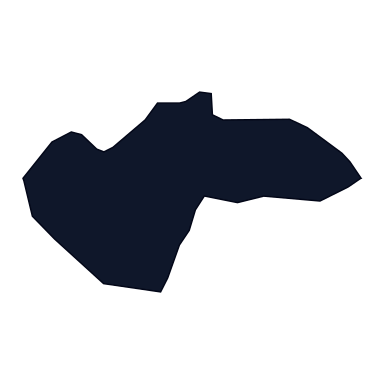 map outline of Ocniţa (Albers equal-area conic projection)
{"feature_id": "MDA-1616", "entity_name": "Ocniţa", "entity_type": "District", "adm_level": 1, "iso_a3": "MDA", "parent_name": "Moldova", "parent_adm1": "", "projection": "albers", "projection_center": [27.56, 48.362], "detail": "fine", "context": "isolated", "style": "filled", "palette": "ink", "viewbox_px": 384, "rotation_deg": 0, "n_neighbors": 0, "source": "natural_earth", "source_scale": "10m", "svg_char_len": 553}
<svg xmlns="http://www.w3.org/2000/svg" viewBox="0 0 384 384"><path d="M199.6,92.1L211.2,93.6L212.4,114.8L223.1,120.0L289.5,119.3L307.4,127.7L341.9,153.2L349.9,161.8L361.0,178.2L360.9,178.2L348.2,186.9L320.0,201.0L263.6,196.1L237.5,202.6L204.3,196.0L195.4,209.8L189.2,230.4L179.4,245.0L167.7,277.9L160.6,291.9L103.6,283.6L54.6,239.0L32.4,216.2L23.9,180.8L23.0,178.3L52.0,142.0L71.3,132.0L81.6,134.7L96.7,149.1L103.9,151.9L112.9,147.4L145.2,119.9L157.5,103.1L179.5,103.1L185.8,101.5L199.6,92.1Z" fill="#0f172a" stroke="#020617" stroke-width="1.5"/></svg>